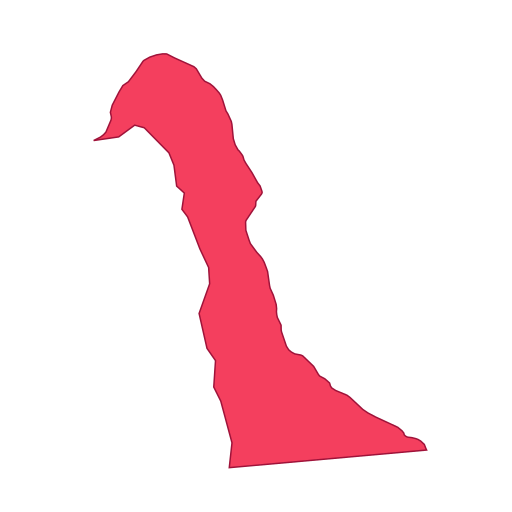 the district of Calhoun, Illinois, United States of America, rotated 174°
{"feature_id": "52423323B51319827777546", "entity_name": "Calhoun", "entity_type": "district", "adm_level": 2, "iso_a3": "USA", "parent_name": "United States of America", "parent_adm1": "Illinois", "projection": "albers", "projection_center": [-90.682, 39.134], "detail": "fine", "context": "isolated", "style": "filled", "palette": "rose", "viewbox_px": 512, "rotation_deg": 174, "n_neighbors": 0, "source": "geoboundaries", "source_scale": "gbopen_adm2", "svg_char_len": 1689}
<svg xmlns="http://www.w3.org/2000/svg" viewBox="0 0 512 512"><g transform="rotate(174 256 256)"><path d="M272.9,414.6L274.3,419.5L275.5,421.9L278.1,425.6L280.6,428.9L283.8,432.1L288.8,435.2L291.3,438.6L295.8,448.4L297.9,450.7L316.3,461.5L323.7,466.3L327.8,466.8L334.1,466.4L335.3,466.1L340.8,464.9L346.9,462.3L348.0,461.5L356.0,451.9L364.7,442.6L370.6,439.4L375.1,433.4L383.2,421.0L385.8,414.1L385.3,409.5L385.4,408.2L386.0,406.3L392.3,394.9L395.0,392.5L398.3,390.5L405.4,387.8L380.1,388.8L363.0,398.8L353.7,395.2L331.8,367.7L328.1,354.9L327.6,333.8L320.7,326.1L324.8,310.2L319.9,302.0L311.1,269.1L304.3,249.5L305.0,233.2L318.6,204.8L314.4,169.3L307.2,156.2L311.7,130.1L306.2,115.4L299.4,72.7L304.7,48.3L106.6,45.2L107.2,46.9L108.3,51.0L111.5,54.7L114.0,56.6L116.2,57.7L120.1,59.1L124.2,60.0L126.1,61.2L127.3,62.7L127.5,64.4L129.0,66.8L132.9,70.8L154.1,83.5L161.2,88.3L165.8,92.2L177.3,105.5L180.0,108.0L190.8,113.9L194.4,116.8L195.5,118.8L196.1,122.0L200.3,126.6L205.3,130.0L206.4,131.8L210.2,140.2L220.0,151.8L221.7,152.8L227.7,154.6L230.9,156.8L233.3,159.3L235.2,163.1L238.5,177.7L238.7,179.7L238.3,184.6L241.2,192.6L241.5,195.4L241.5,198.4L241.0,201.5L241.0,205.7L242.9,215.3L245.3,222.4L245.6,225.2L246.1,239.3L246.9,242.7L248.5,248.8L249.9,252.3L251.4,254.9L254.8,259.5L259.3,267.2L260.3,268.9L261.2,272.3L263.4,282.6L262.8,290.9L262.3,292.3L251.4,305.4L251.0,306.5L250.4,310.4L244.0,317.1L243.3,318.3L243.3,319.6L244.6,325.2L246.8,328.8L251.3,339.3L256.4,349.2L257.9,352.7L258.6,356.6L259.3,358.1L261.0,361.0L261.8,362.3L262.8,363.4L265.1,368.8L266.3,375.0L266.2,389.5L266.5,392.4L269.1,400.2L270.7,403.5L272.9,414.6Z" fill="#f43f5e" stroke="#9f1239" stroke-width="1.5"/></g></svg>